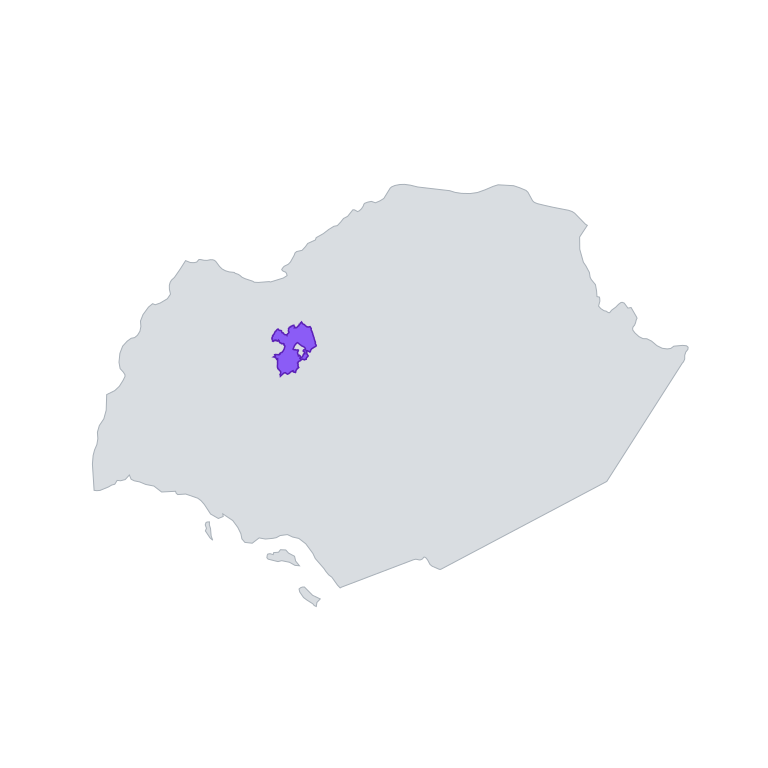 Mufindi, Iringa, United Republic of Tanzania (highlighted), rotated 123°
{"feature_id": "72390352B52349151211707", "entity_name": "Mufindi", "entity_type": "district", "adm_level": 2, "iso_a3": "TZA", "parent_name": "United Republic of Tanzania", "parent_adm1": "Iringa", "projection": "orthographic", "projection_center": [35.243, -8.57], "detail": "fine", "context": "in_parent", "style": "filled", "palette": "violet", "viewbox_px": 768, "rotation_deg": 123, "n_neighbors": 0, "source": "geoboundaries", "source_scale": "gbopen_adm2", "svg_char_len": 9525}
<svg xmlns="http://www.w3.org/2000/svg" viewBox="0 0 768 768"><g transform="rotate(123 384 384)"><path d="M298.2,520.6L291.0,516.8L284.4,514.5L279.0,511.9L276.6,509.4L271.6,508.5L267.2,508.1L263.2,505.8L254.9,505.0L254.0,503.5L253.8,500.0L252.3,499.1L249.3,498.3L246.1,498.3L244.1,498.8L242.9,498.6L240.2,496.6L237.7,494.0L236.7,489.9L232.9,487.3L228.5,485.2L216.4,485.5L214.4,484.9L211.5,482.9L208.1,479.4L205.4,475.5L202.9,470.2L200.4,463.0L186.1,434.2L184.6,428.8L181.9,422.8L177.3,415.4L172.5,409.9L166.1,405.0L158.8,400.1L154.8,396.8L147.1,383.3L145.5,377.0L144.3,370.4L144.8,367.7L149.4,359.2L149.8,356.8L149.2,353.6L146.8,346.8L143.8,338.7L137.8,323.8L136.9,320.1L136.9,317.2L140.3,302.0L140.2,299.9L154.2,300.0L164.4,293.2L173.3,283.1L175.0,279.0L178.6,272.5L182.2,269.3L183.5,267.1L185.5,260.8L190.2,256.4L194.7,253.0L193.8,250.7L194.5,249.9L196.9,248.1L201.8,246.5L202.7,243.2L202.7,239.4L201.9,237.3L202.0,234.9L201.3,233.6L198.1,233.3L193.4,231.5L189.4,230.7L186.7,229.7L185.8,228.8L185.3,226.6L187.5,220.8L185.3,218.4L190.2,208.8L191.0,207.6L192.8,207.4L195.6,206.4L198.2,205.9L200.4,206.2L201.9,205.8L203.3,204.7L204.5,201.4L205.4,196.0L204.9,191.5L202.9,188.2L202.3,183.0L203.2,176.0L202.5,170.1L200.3,165.5L197.9,162.8L194.4,161.5L188.9,154.5L187.2,151.1L187.5,149.0L189.4,148.0L192.9,148.3L196.2,147.4L199.3,145.4L202.3,144.9L203.9,145.2L344.4,144.1L508.6,235.5L509.3,236.6L510.6,244.4L510.3,247.1L507.8,251.6L507.0,254.0L507.0,255.6L507.6,256.3L509.8,256.5L511.6,257.6L512.3,258.5L513.6,261.9L515.4,263.6L577.5,309.0L578.9,309.7L578.0,313.5L574.4,322.6L574.2,326.4L572.8,330.8L571.5,333.8L567.8,346.6L564.8,351.4L560.6,362.6L559.9,371.3L562.1,377.3L562.9,383.0L567.7,388.6L571.5,390.6L574.0,393.2L578.6,399.0L581.1,404.9L589.3,407.8L592.6,414.4L591.3,418.8L587.5,422.5L583.9,428.5L580.9,436.4L580.7,448.5L582.7,446.7L587.0,449.7L587.5,458.6L582.9,469.0L581.5,473.8L581.2,478.0L584.3,490.4L589.1,496.8L588.8,498.8L587.5,500.4L595.7,511.7L594.9,521.4L598.0,529.1L599.2,535.6L601.2,540.7L601.6,544.2L599.0,548.0L605.1,549.0L608.6,552.2L610.2,555.3L614.7,555.2L617.0,557.3L620.4,559.0L627.9,564.2L629.9,566.8L631.1,569.2L610.0,584.9L602.4,589.0L597.0,590.8L591.2,591.8L585.7,594.2L580.5,598.1L573.9,600.1L565.8,600.0L557.3,602.7L543.9,610.8L536.2,606.2L530.1,604.7L523.1,604.8L518.8,605.3L517.3,606.3L516.0,609.1L514.8,613.7L510.1,618.1L502.1,622.2L494.6,623.8L487.9,622.7L483.3,620.9L480.9,618.4L477.4,617.3L472.7,617.4L468.2,619.2L463.9,622.5L457.1,623.9L447.8,623.4L442.7,621.8L442.1,619.0L438.0,615.8L430.5,612.1L424.9,612.0L421.4,615.6L418.1,617.8L415.2,618.7L412.6,618.8L408.8,617.8L398.4,617.5L388.6,617.6L387.6,612.5L385.6,609.3L383.8,607.5L380.4,607.0L379.5,605.6L378.3,602.4L376.7,599.7L374.4,597.4L373.1,595.3L372.6,593.4L373.0,591.3L375.0,586.0L375.7,582.4L375.4,578.7L374.3,574.9L372.0,570.4L372.2,569.1L371.4,566.0L371.4,563.9L371.8,561.2L371.3,557.7L369.3,550.1L369.3,548.2L367.2,544.6L360.6,536.0L360.3,534.8L350.0,526.2L345.9,524.3L344.4,525.9L343.8,527.4L344.3,530.2L344.0,531.6L343.6,532.2L341.2,532.1L339.6,531.8L335.7,529.5L332.7,528.9L325.2,529.4L322.5,530.0L320.5,529.4L316.5,525.5L311.8,524.7L307.6,524.5L300.6,520.0L298.2,520.6ZM590.7,376.2L594.0,385.8L593.5,387.6L591.1,388.7L589.9,388.8L588.4,387.2L587.4,384.0L585.5,384.7L582.5,380.8L579.4,380.6L576.7,376.0L577.8,372.0L577.2,365.2L580.6,361.7L582.5,355.9L584.6,359.9L585.0,366.2L587.9,373.6L590.7,376.2ZM607.5,319.6L607.8,321.9L607.1,324.0L607.2,330.7L606.9,335.2L604.3,341.4L602.2,343.6L600.3,343.0L598.8,341.9L597.6,340.2L600.1,328.8L599.0,320.4L603.7,321.3L607.5,319.6ZM599.5,457.2L597.1,457.8L596.1,457.2L594.7,455.3L597.2,453.8L599.8,450.7L605.6,446.2L608.3,442.6L607.8,446.1L604.5,453.8L601.7,454.3L599.5,457.2Z" fill="#d9dde1" stroke="#a8b0b8" stroke-width="1"/><path d="M388.9,461.6L388.2,462.3L387.9,463.0L387.6,463.6L387.1,463.9L386.9,464.0L386.6,464.1L386.4,464.3L386.2,464.4L385.5,465.5L384.8,466.3L384.2,467.1L383.0,468.2L382.8,468.6L382.7,468.9L382.6,469.1L382.1,469.4L381.7,470.0L381.4,470.3L381.3,470.7L380.7,471.1L380.3,471.5L379.6,472.5L379.5,472.9L379.0,473.1L378.7,474.0L378.5,474.3L378.1,474.7L377.0,475.3L376.9,475.4L376.9,475.9L376.7,476.4L376.4,476.7L376.4,477.0L376.2,477.3L376.7,477.8L376.8,478.0L377.2,478.2L377.6,478.6L377.8,479.5L378.0,479.9L378.1,480.2L377.9,481.0L377.9,481.8L377.5,483.1L377.5,483.3L377.8,483.9L377.7,484.3L377.8,485.5L377.5,485.7L377.3,485.9L376.9,486.9L377.2,486.9L377.5,487.1L378.3,487.3L378.8,487.1L379.2,487.1L380.0,487.3L380.3,487.4L380.3,487.5L380.7,487.4L381.2,487.4L381.3,487.4L381.4,487.2L381.6,487.2L381.9,487.5L382.2,487.5L382.5,487.7L383.1,487.7L383.6,487.9L384.1,487.9L384.2,488.0L384.3,488.1L384.8,488.4L385.6,489.7L385.2,489.7L384.8,489.9L384.5,490.2L384.6,490.4L384.5,490.8L383.8,491.6L384.2,492.0L384.6,492.4L385.2,492.7L385.4,492.8L385.6,492.8L386.1,493.4L387.0,493.3L387.2,493.8L387.8,494.0L388.0,494.2L388.4,494.0L388.7,494.1L389.4,494.3L389.5,494.1L390.4,493.6L391.5,493.2L392.0,492.6L392.1,492.0L392.3,491.9L393.4,491.8L394.1,492.1L394.5,492.2L395.8,492.0L396.1,491.9L395.9,492.4L395.9,492.7L396.3,493.4L396.5,493.6L396.7,494.3L396.6,495.1L396.3,495.7L396.3,496.0L396.0,496.5L396.5,497.3L396.5,497.5L395.8,498.4L395.4,498.7L395.3,498.9L395.3,499.1L395.2,499.3L395.6,500.3L396.0,500.8L396.0,501.6L395.7,502.3L395.6,502.8L396.5,503.3L397.6,503.4L397.9,503.5L398.4,503.4L398.7,503.6L398.9,503.6L399.1,503.8L399.6,503.8L400.5,503.7L401.2,503.5L401.5,503.5L402.2,503.4L402.6,503.6L403.2,503.6L403.9,503.7L403.9,503.4L404.4,503.2L404.7,503.3L404.8,503.3L405.1,503.3L406.0,503.2L406.3,503.1L406.3,502.9L406.2,502.8L406.3,502.7L406.4,502.8L406.6,502.8L406.8,502.6L407.2,502.6L407.3,502.4L407.5,502.2L407.9,501.5L408.3,501.0L408.7,500.9L408.7,500.7L408.7,500.3L408.6,500.1L407.8,500.1L407.7,500.1L407.7,499.7L407.4,499.5L407.2,499.3L406.8,499.5L406.4,499.2L406.4,498.9L406.3,498.7L406.6,498.6L406.5,498.2L406.4,497.9L406.1,497.9L406.2,497.6L405.8,497.4L405.7,497.2L406.0,496.9L406.0,496.6L405.8,496.5L405.6,496.2L405.3,496.3L404.9,496.1L404.7,496.2L404.8,495.5L405.0,495.3L405.3,495.2L405.6,494.9L405.7,494.5L406.1,494.0L406.1,493.5L406.0,493.3L405.9,493.3L405.8,493.2L405.9,492.9L405.9,492.6L405.8,492.3L406.0,492.0L405.9,491.8L405.9,491.6L405.7,491.6L405.7,491.4L405.4,491.1L405.2,490.9L405.2,490.5L404.8,490.3L404.8,490.2L405.0,489.4L405.6,489.3L405.9,489.0L406.0,487.9L406.4,487.6L408.4,487.0L408.7,486.8L411.4,486.6L412.4,486.7L412.5,486.7L413.1,486.8L413.2,487.0L413.4,487.1L413.6,487.3L413.9,487.5L414.4,487.7L414.9,487.6L415.2,487.8L415.4,487.7L415.4,487.9L415.7,487.8L415.9,488.0L416.2,487.8L416.6,487.9L416.6,488.1L416.8,488.2L417.0,488.5L417.6,489.8L417.9,490.1L418.2,490.9L418.6,491.1L418.7,491.4L418.9,491.6L419.3,490.8L419.8,490.3L420.6,491.1L421.1,491.2L421.3,491.3L421.2,491.1L421.3,491.0L421.1,490.7L421.0,490.4L421.0,490.2L421.1,489.4L421.2,489.2L421.1,488.7L421.0,487.9L421.2,487.5L421.8,487.5L421.9,487.3L421.9,487.2L421.5,487.2L420.9,486.9L422.1,486.1L424.0,485.0L425.1,484.2L426.6,483.4L428.0,482.5L428.1,482.2L429.0,481.3L429.0,480.3L429.6,479.0L429.7,477.7L430.2,477.2L430.9,476.7L431.9,476.4L432.7,476.4L433.0,475.8L433.9,475.1L430.7,474.3L430.1,474.1L429.1,473.8L428.8,473.6L428.6,473.1L428.2,472.8L428.3,472.3L428.4,470.7L428.3,470.2L428.0,470.0L427.4,469.8L427.1,469.5L426.4,469.3L426.2,469.1L425.3,469.1L423.8,468.4L423.4,468.0L422.8,467.9L422.5,467.6L422.9,467.5L423.2,467.2L423.0,466.6L423.2,466.1L423.0,465.6L422.7,465.4L422.7,465.0L422.6,464.5L422.2,464.5L421.3,465.0L420.9,465.0L420.4,465.2L419.4,465.1L419.0,465.2L418.5,465.0L418.1,465.1L418.0,464.9L417.6,464.7L417.2,464.8L416.6,464.5L416.1,465.5L415.9,465.7L415.7,465.7L415.4,466.3L415.0,466.4L414.9,466.5L414.6,466.5L414.0,467.0L413.9,467.4L413.6,467.9L413.3,467.7L413.1,467.7L412.8,467.8L412.4,467.8L412.3,468.0L411.8,467.9L410.7,467.4L410.2,466.9L409.8,466.8L409.1,466.7L408.7,466.5L407.9,466.5L407.7,466.3L407.6,466.1L407.6,465.7L407.5,465.3L407.3,465.1L407.3,464.7L407.1,464.5L407.0,463.7L406.9,463.6L406.4,463.6L405.8,463.1L405.6,462.7L405.3,462.8L405.0,463.1L404.9,463.1L404.5,463.2L404.0,463.3L403.7,463.1L403.4,463.2L402.9,463.0L402.6,463.0L402.3,462.8L401.4,463.2L401.2,464.2L401.0,464.4L400.7,465.2L400.0,465.5L399.7,466.0L398.7,466.5L398.5,467.2L398.3,467.4L398.1,467.0L398.0,466.5L397.7,466.2L397.8,465.7L397.7,465.3L397.7,465.0L397.5,464.5L397.7,463.8L397.5,463.5L396.4,463.6L396.2,463.6L395.6,464.0L395.2,463.9L394.7,463.9L393.9,463.8L393.7,463.8L393.1,463.4L392.8,463.2L392.1,463.1L390.3,462.1L389.3,461.7L388.9,461.6ZM402.2,467.6L403.0,467.7L403.7,467.6L404.3,467.3L405.0,467.4L405.4,467.3L405.6,467.3L405.9,467.5L406.4,467.6L406.7,467.9L407.3,468.3L407.7,468.2L408.2,468.3L408.4,468.0L408.4,468.4L407.1,468.8L406.2,469.4L406.2,469.7L406.0,470.1L406.0,470.3L406.0,470.7L407.0,471.1L406.4,471.7L406.1,472.2L405.9,472.5L405.1,473.4L404.2,473.9L403.8,474.0L403.5,473.9L403.2,473.9L402.6,474.0L402.2,474.3L402.3,474.6L402.5,474.8L402.5,475.1L402.9,475.5L403.1,475.9L403.4,476.1L403.5,476.4L403.5,477.3L404.1,477.7L404.4,478.8L404.4,479.2L404.2,479.3L402.7,479.5L402.3,479.6L400.8,479.9L399.6,479.9L399.1,479.7L398.2,479.8L397.0,479.3L396.6,479.3L396.4,479.1L396.4,478.0L396.7,476.2L396.7,474.9L396.9,474.0L396.6,472.3L396.5,471.3L396.7,470.2L397.0,469.3L397.2,469.2L397.6,469.2L397.7,468.9L397.9,468.7L398.0,468.7L398.3,468.9L398.6,469.4L399.0,469.6L399.2,470.0L400.0,469.9L400.5,469.6L400.6,469.4L400.6,468.7L400.4,468.0L400.4,467.8L400.8,467.6L401.1,467.2L401.7,466.8L401.8,466.8L402.0,467.4L402.2,467.6Z" fill="#8b5cf6" stroke="#5b21b6" stroke-width="1.5"/></g></svg>